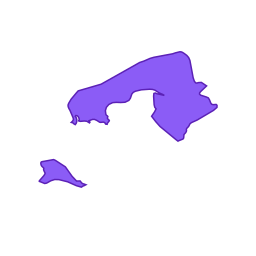 SVG path tracing the border of Kiên Giang, rotated 303°
{"feature_id": "VNM-502", "entity_name": "Kiên Giang", "entity_type": "Province", "adm_level": 1, "iso_a3": "VNM", "parent_name": "Vietnam", "parent_adm1": "", "projection": "orthographic", "projection_center": [104.707, 9.97], "detail": "fine", "context": "isolated", "style": "filled", "palette": "violet", "viewbox_px": 256, "rotation_deg": 303, "n_neighbors": 0, "source": "natural_earth", "source_scale": "10m", "svg_char_len": 2234}
<svg xmlns="http://www.w3.org/2000/svg" viewBox="0 0 256 256"><g transform="rotate(303 128 128)"><path d="M121.1,64.6L129.4,65.6L132.0,66.0L150.1,81.6L189.3,102.1L192.8,104.9L198.4,108.6L201.4,111.2L209.4,119.6L214.5,125.0L216.8,126.8L220.1,129.9L220.8,131.1L221.1,132.5L221.1,134.9L220.9,137.8L220.1,140.5L218.4,143.1L205.7,155.2L203.4,158.1L202.7,160.1L203.2,161.3L204.4,162.3L206.2,164.7L206.1,171.0L198.6,169.2L196.6,168.9L195.4,169.5L195.1,171.0L196.7,176.9L197.0,179.0L196.0,181.0L193.9,184.0L193.5,185.3L194.0,186.8L195.5,188.7L195.8,189.2L195.7,189.8L195.3,190.5L193.7,191.4L189.3,190.1L172.4,181.7L167.1,178.3L165.3,177.7L162.2,178.0L160.4,177.6L159.2,177.5L158.3,177.9L157.7,178.5L156.8,178.8L155.5,178.9L153.0,178.5L150.0,180.1L149.1,180.2L148.5,180.0L144.3,177.0L144.2,177.0L144.4,174.5L146.7,154.1L148.4,147.9L150.7,141.4L155.9,141.5L159.3,141.1L160.0,139.1L161.8,137.2L168.7,132.1L171.1,130.9L172.2,131.8L172.5,133.6L175.1,140.7L175.1,139.1L174.4,134.9L174.4,129.9L173.7,127.5L172.3,125.0L167.3,118.4L162.9,114.2L160.8,113.0L158.6,112.7L154.2,113.8L151.6,113.7L148.0,111.5L145.4,108.0L143.2,104.3L140.9,101.3L137.3,99.1L133.6,98.6L130.2,99.6L127.3,102.1L126.9,103.2L126.9,104.2L126.6,104.9L125.4,105.2L124.7,105.7L124.3,107.9L123.9,108.4L120.0,108.1L119.7,108.4L119.1,107.3L119.3,106.6L119.8,105.8L119.7,104.5L119.2,103.7L117.8,102.0L117.4,101.0L117.4,97.9L117.0,95.3L116.0,93.7L112.9,91.3L112.4,92.0L112.3,92.4L112.2,92.9L111.3,92.9L111.2,89.8L110.1,87.6L107.6,84.4L107.1,82.9L107.4,82.6L108.2,82.7L109.1,82.0L110.0,80.8L110.5,79.7L110.6,78.6L110.0,77.4L109.1,77.4L108.3,79.2L107.1,80.5L105.6,81.5L103.8,82.0L102.1,81.9L102.0,80.6L102.3,78.8L101.8,77.4L103.8,77.8L105.4,77.6L106.6,76.5L111.2,69.7L112.1,67.9L113.2,66.3L114.6,65.2L116.4,64.8L121.1,64.6ZM61.0,82.8L61.3,84.7L61.3,96.6L57.0,107.5L55.5,113.7L57.5,116.7L56.7,119.1L56.7,120.5L57.1,121.7L57.5,123.6L55.7,122.6L55.2,122.1L53.0,121.1L51.5,116.1L50.0,106.7L47.1,98.2L44.9,94.6L41.7,92.0L37.5,89.8L36.1,88.4L35.2,83.9L34.9,82.7L35.4,82.4L42.4,83.4L44.6,83.3L45.5,82.4L45.7,81.8L46.9,80.1L47.4,79.7L48.4,79.3L48.7,78.2L48.9,76.9L49.3,75.8L50.1,74.8L51.2,73.9L52.4,73.8L53.8,75.1L53.0,74.3L61.0,82.8Z" fill="#8b5cf6" stroke="#5b21b6" stroke-width="1.5"/></g></svg>